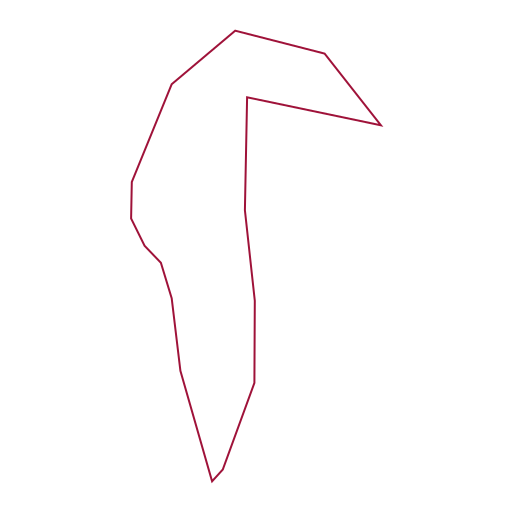 the border of Zavrc
{"feature_id": "SVN-1050", "entity_name": "Zavrc", "entity_type": "Municipality", "adm_level": 1, "iso_a3": "SVN", "parent_name": "Slovenia", "parent_adm1": "", "projection": "orthographic", "projection_center": [16.053, 46.352], "detail": "fine", "context": "isolated", "style": "outline", "palette": "rose", "viewbox_px": 512, "rotation_deg": 0, "n_neighbors": 0, "source": "natural_earth", "source_scale": "10m", "svg_char_len": 339}
<svg xmlns="http://www.w3.org/2000/svg" viewBox="0 0 512 512"><path d="M380.9,125.3L247.1,97.3L244.9,210.2L254.8,300.8L254.4,382.9L222.8,469.5L212.1,481.3L211.1,477.9L180.4,370.8L171.7,298.3L160.9,262.8L144.6,245.8L131.1,218.5L131.8,182.0L171.7,84.2L235.2,30.7L324.6,53.6L380.9,125.3Z" fill="none" stroke="#9f1239" stroke-width="2"/></svg>